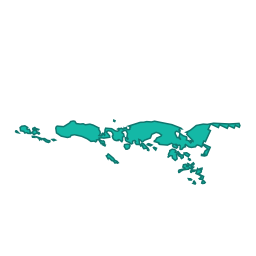 Aleutians East, Alaska, United States of America, rotated 25°
{"feature_id": "52423323B46246640861022", "entity_name": "Aleutians East", "entity_type": "district", "adm_level": 2, "iso_a3": "USA", "parent_name": "United States of America", "parent_adm1": "Alaska", "projection": "natural_earth1", "projection_center": [-161.986, 55.403], "detail": "fine", "context": "isolated", "style": "filled", "palette": "teal", "viewbox_px": 256, "rotation_deg": 25, "n_neighbors": 0, "source": "geoboundaries", "source_scale": "gbopen_adm2", "svg_char_len": 6082}
<svg xmlns="http://www.w3.org/2000/svg" viewBox="0 0 256 256"><g transform="rotate(25 128 128)"><path d="M228.4,78.5L226.7,76.9L218.0,81.6L203.5,87.5L198.4,91.2L194.5,92.7L188.8,96.9L185.4,103.8L182.5,107.3L184.0,107.1L184.0,108.9L192.1,112.0L192.6,112.7L190.0,113.1L191.4,114.3L191.1,115.0L188.1,113.9L185.9,114.1L185.6,112.3L184.8,111.3L181.2,111.7L177.0,110.8L177.6,111.7L178.0,114.3L180.8,116.3L177.8,115.3L176.6,116.0L173.2,113.3L172.6,111.9L173.2,110.4L176.7,110.2L176.3,108.4L175.0,108.3L175.0,106.9L177.0,106.1L176.0,105.8L166.3,106.4L149.2,110.6L146.7,112.6L142.2,114.3L139.9,116.1L136.7,117.7L127.7,126.0L129.9,126.0L129.6,126.9L130.2,128.3L129.7,129.0L128.1,129.7L126.6,129.1L126.3,128.2L125.3,129.5L124.6,129.5L125.0,130.0L123.8,131.1L122.0,131.0L120.6,132.6L120.5,132.1L119.7,132.3L119.1,133.3L120.5,133.3L120.8,134.1L119.7,135.5L117.6,136.0L113.5,135.5L107.8,137.6L108.0,139.6L108.7,140.9L108.5,143.2L109.9,144.0L109.9,144.5L107.1,143.6L106.8,144.7L107.6,145.6L107.1,146.5L104.9,147.1L105.4,145.5L104.9,144.2L104.2,143.1L101.8,141.4L101.7,140.3L95.1,140.1L91.8,140.6L88.0,143.1L85.6,143.1L83.1,144.6L79.3,145.8L77.0,144.4L75.4,144.8L73.3,146.4L72.9,148.2L69.1,154.0L63.0,156.2L62.5,157.1L62.6,158.6L65.3,162.7L70.9,163.6L77.1,162.2L79.4,160.4L79.5,158.7L82.3,156.7L89.6,155.1L95.7,155.0L100.1,155.8L102.8,154.2L104.6,154.2L105.0,152.9L104.5,152.1L106.3,150.9L110.2,153.5L110.9,152.7L112.8,152.8L112.1,153.9L114.7,154.0L114.7,153.1L114.1,153.2L112.4,150.5L111.3,150.0L110.0,150.8L107.7,150.8L106.1,149.4L108.1,148.1L110.4,147.4L115.4,144.1L114.5,142.8L110.4,141.0L110.2,140.3L111.2,138.8L114.2,138.1L116.4,139.2L117.6,140.9L117.2,142.0L118.8,143.8L120.6,144.6L122.7,144.4L124.4,143.5L124.1,142.7L125.0,142.2L128.2,143.0L128.3,141.5L126.9,138.6L128.0,137.2L126.4,135.1L124.9,135.0L124.2,134.2L125.2,132.3L126.7,131.3L127.9,131.5L129.9,133.2L130.7,136.3L132.7,137.8L132.5,138.3L131.2,137.6L129.6,137.9L131.0,140.2L132.5,140.7L135.7,140.5L136.6,141.3L137.9,141.0L138.7,139.9L137.8,138.4L137.9,137.8L139.0,136.6L140.0,136.5L140.7,137.0L140.3,137.7L140.7,138.4L142.5,139.4L145.0,138.3L145.3,137.5L142.7,133.8L144.5,133.7L146.6,134.8L147.3,134.1L148.0,132.2L152.5,127.6L152.2,123.7L155.3,120.1L158.1,119.6L161.4,120.2L161.3,121.6L158.3,124.9L158.1,127.3L157.3,128.4L157.5,129.2L161.9,128.4L162.7,128.6L162.5,129.3L163.7,129.5L171.0,126.8L173.9,123.5L176.1,123.8L175.9,125.3L177.0,126.0L180.5,125.8L181.1,124.6L180.7,123.7L177.6,123.0L178.6,122.4L180.5,122.8L181.9,121.7L182.9,122.1L184.1,125.2L185.1,125.1L186.1,124.1L186.1,123.2L186.8,121.8L188.0,120.7L186.9,119.4L187.2,118.6L191.1,119.4L193.7,118.8L197.1,116.5L197.3,115.0L198.0,114.1L200.4,113.7L202.5,114.2L202.9,113.7L202.6,112.3L203.9,111.8L209.4,113.3L207.6,116.0L207.6,118.9L208.5,119.0L209.0,119.8L205.8,120.8L206.2,121.9L209.3,121.0L210.9,119.5L210.7,110.7L202.3,110.7L202.3,107.7L203.9,107.7L203.8,95.5L201.2,95.5L201.2,89.4L209.7,89.4L209.6,86.4L218.1,86.4L218.1,83.3L224.2,83.3L224.2,80.3L228.5,80.3L228.4,78.5ZM175.4,130.8L175.8,131.6L175.8,134.8L176.7,136.1L176.4,137.9L178.1,135.1L179.9,134.6L180.9,136.4L184.5,137.4L185.6,135.2L182.9,131.2L184.2,129.9L185.0,130.4L184.4,130.7L184.7,131.1L185.8,131.8L188.2,131.9L188.7,132.8L189.5,133.1L190.5,131.3L189.4,129.2L187.2,130.0L183.3,128.2L182.0,129.7L181.0,129.9L181.0,128.3L179.4,127.8L177.0,128.5L175.4,130.8ZM192.1,144.5L192.0,145.7L192.8,146.8L193.5,146.4L194.0,145.0L195.8,142.6L200.3,139.7L200.4,138.3L203.0,138.5L204.0,135.7L202.8,135.8L202.8,136.7L202.1,136.9L201.6,136.2L201.8,134.3L202.9,133.9L203.1,132.6L201.9,131.9L200.2,135.3L199.4,135.6L198.2,134.8L197.2,134.9L198.8,137.3L198.6,137.7L197.4,138.1L197.3,137.3L195.9,136.3L193.8,137.8L194.2,140.2L196.4,140.2L196.9,140.7L192.1,144.5ZM30.9,171.3L30.0,173.2L31.8,175.9L35.0,175.1L36.5,176.2L38.3,174.9L39.5,175.2L42.2,174.1L42.7,173.3L42.3,172.8L41.0,173.2L40.3,171.9L38.9,171.0L37.8,171.8L36.9,171.6L36.5,171.0L36.8,169.9L34.7,169.7L33.6,169.6L30.9,171.3ZM120.8,161.5L120.1,162.4L122.9,164.3L122.8,163.7L124.0,163.3L127.1,164.4L128.8,164.1L131.0,165.3L132.0,164.3L133.2,164.4L133.9,163.6L132.2,162.8L129.6,162.8L127.7,161.6L121.8,160.0L121.0,159.9L120.8,161.5ZM41.9,168.6L42.3,169.4L43.9,168.7L44.8,169.3L43.2,170.4L43.4,172.8L44.9,173.6L45.6,173.5L47.7,171.0L49.8,171.2L50.2,170.5L49.6,169.9L46.7,169.9L45.6,169.0L45.5,168.5L47.6,167.5L47.7,167.0L44.7,167.4L43.3,166.9L41.9,168.6ZM208.2,135.3L208.8,140.5L210.6,140.5L210.8,139.9L212.5,140.6L213.2,140.1L211.8,139.1L212.9,137.2L212.7,135.9L211.8,135.5L212.5,134.2L212.1,133.1L210.4,134.4L210.0,135.9L208.2,135.3ZM131.9,144.5L132.4,146.4L135.1,148.1L136.3,147.5L137.5,145.9L137.4,143.3L136.6,142.7L134.9,142.5L131.9,144.5ZM146.6,137.9L146.0,138.1L147.3,139.0L148.4,137.8L148.9,138.0L149.7,139.3L151.1,140.1L153.4,138.4L155.0,139.1L154.8,139.5L155.2,139.9L156.3,139.7L156.3,139.1L154.7,137.9L148.7,135.7L147.0,136.3L146.6,137.9ZM54.7,173.9L59.6,175.1L62.1,174.7L63.0,173.4L62.5,172.6L60.2,173.2L56.9,172.8L54.7,173.9ZM189.3,127.0L190.0,128.1L194.8,128.7L195.1,126.1L191.7,125.6L189.3,127.0ZM213.9,143.8L214.8,144.1L217.4,142.9L217.0,139.9L214.0,139.9L214.0,140.8L215.0,141.2L215.1,142.0L213.9,143.8ZM217.7,144.6L218.1,146.8L219.1,146.8L220.7,145.7L221.0,144.7L218.9,143.8L217.7,144.6ZM152.4,134.3L152.4,135.0L156.0,134.7L156.9,133.2L153.4,133.4L152.4,134.3ZM204.0,138.9L202.9,140.6L203.7,141.6L204.2,141.4L204.6,139.9L205.8,139.7L206.8,138.7L207.0,137.7L204.0,138.9ZM47.4,174.8L51.5,175.0L52.8,176.1L52.9,175.5L54.3,175.2L53.3,174.1L47.4,174.8ZM159.7,134.4L159.3,135.0L160.2,135.6L162.4,136.3L162.4,134.3L159.7,134.4ZM210.5,148.1L210.0,148.6L210.5,150.0L210.2,150.7L212.5,150.5L212.6,149.5L210.5,148.1ZM27.5,178.1L27.7,178.9L28.8,179.1L30.9,178.6L28.2,177.6L27.5,178.1ZM65.7,169.5L64.1,170.5L65.9,171.0L67.4,169.6L65.7,169.5ZM204.1,148.4L205.3,149.3L207.3,148.5L207.5,147.9L206.2,147.6L204.1,148.4ZM44.8,176.0L45.4,176.7L47.4,175.9L46.5,175.1L44.8,176.0ZM195.8,130.2L196.0,130.9L197.6,131.2L198.1,130.6L197.2,129.9L195.8,130.2ZM111.8,126.9L112.1,127.8L113.2,127.8L113.2,126.9L111.8,126.9Z" fill="#14b8a6" stroke="#0f766e" stroke-width="1.5"/></g></svg>